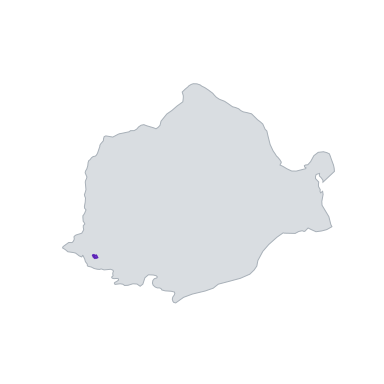 Parta, Timis, Romania (highlighted), rotated 336°
{"feature_id": "2599482B10795171488461", "entity_name": "Parta", "entity_type": "district", "adm_level": 2, "iso_a3": "ROU", "parent_name": "Romania", "parent_adm1": "Timis", "projection": "orthographic", "projection_center": [21.142, 45.621], "detail": "fine", "context": "in_parent", "style": "filled", "palette": "violet", "viewbox_px": 384, "rotation_deg": 336, "n_neighbors": 0, "source": "geoboundaries", "source_scale": "gbopen_adm2", "svg_char_len": 4429}
<svg xmlns="http://www.w3.org/2000/svg" viewBox="0 0 384 384"><g transform="rotate(336 192 192)"><path d="M288.0,209.2L291.5,213.3L295.7,215.3L305.1,216.9L305.9,216.5L306.0,216.1L305.3,215.5L305.1,214.7L305.4,213.6L306.7,213.5L308.9,214.2L312.7,212.5L318.1,208.4L323.4,207.1L328.5,208.7L331.2,210.9L333.0,213.0L332.9,215.8L332.7,217.6L332.2,225.0L331.6,227.9L330.5,231.1L315.6,236.3L316.4,234.4L315.8,231.4L314.9,229.1L316.1,226.9L312.6,226.5L311.3,227.8L310.3,229.9L311.8,234.4L310.3,237.1L309.8,238.6L310.1,242.0L309.2,243.5L309.2,245.1L311.6,244.5L310.8,247.5L306.7,253.5L305.4,257.0L307.0,270.2L305.6,278.2L305.7,280.6L300.7,281.1L299.3,281.1L294.5,280.3L289.1,278.7L285.7,274.9L283.4,272.1L279.1,273.8L278.2,273.5L276.9,272.2L273.5,271.5L269.4,271.8L259.7,267.2L258.6,266.4L251.4,267.8L240.7,271.2L232.6,275.0L224.3,281.4L221.1,286.0L217.1,288.5L211.4,290.6L201.0,290.5L190.1,288.8L178.5,286.9L172.3,288.5L163.8,287.8L150.9,285.4L141.4,284.8L132.0,286.7L130.4,285.4L130.1,284.0L130.4,281.9L131.7,280.2L133.9,278.9L135.1,277.6L135.2,276.2L132.6,274.2L127.3,271.4L125.2,269.7L124.6,269.2L124.4,267.6L123.3,266.4L121.3,265.5L119.7,263.8L118.6,261.4L118.8,259.1L120.3,256.9L122.3,255.9L124.8,256.2L125.8,255.5L125.3,254.0L122.9,252.1L118.5,249.9L114.1,251.2L109.6,256.2L106.3,257.0L104.3,253.7L100.7,251.8L95.6,251.2L92.4,250.0L91.3,248.1L89.0,246.6L84.1,245.1L84.0,243.6L84.8,243.2L86.6,243.1L88.9,242.7L89.3,241.9L89.3,241.1L87.4,240.1L85.6,239.5L84.6,238.8L84.0,238.1L83.9,237.3L84.4,236.8L85.1,236.7L85.9,236.3L86.3,234.5L87.3,233.0L88.0,232.5L88.0,231.4L87.2,230.4L86.2,229.5L84.7,229.0L80.0,227.4L77.7,225.3L76.2,225.2L74.0,224.0L71.5,222.1L69.4,219.5L67.1,217.8L66.5,217.1L66.5,216.4L66.9,215.7L66.9,214.8L66.3,212.3L66.7,209.5L66.6,206.9L66.6,205.8L66.2,205.4L65.8,205.8L65.2,206.3L64.7,206.4L63.0,204.5L60.9,200.6L59.5,199.4L56.7,197.6L54.3,196.1L52.7,192.9L51.0,190.4L52.1,189.4L58.8,188.0L61.9,189.4L63.3,188.9L64.7,187.8L65.5,186.8L65.6,185.9L66.3,184.6L68.5,184.1L74.5,184.8L76.9,183.1L77.8,182.2L78.3,180.1L79.0,178.5L81.1,177.6L81.1,176.1L80.7,174.5L82.0,170.8L82.7,169.3L83.9,168.7L85.4,167.6L87.9,165.2L87.3,163.1L87.8,161.5L90.4,157.7L92.3,154.1L92.3,152.3L92.6,150.7L94.3,148.9L96.1,146.7L98.5,139.6L99.3,138.4L100.9,137.0L102.1,135.6L102.2,131.0L103.2,129.6L105.3,128.1L107.4,125.7L109.1,122.8L110.4,121.4L112.1,121.0L114.0,119.9L116.1,119.4L118.1,119.9L119.4,119.6L121.4,118.2L126.3,112.9L126.9,111.8L128.0,111.0L131.9,109.1L132.9,107.3L134.3,105.7L136.1,105.7L142.0,109.6L148.3,109.2L149.4,109.3L149.8,109.3L150.6,109.6L159.0,111.4L160.3,111.1L160.6,110.9L164.1,112.4L167.0,112.1L169.8,110.8L172.7,110.3L175.4,110.9L177.6,113.1L183.1,117.8L184.8,119.6L187.3,119.2L189.9,118.1L192.5,114.7L200.7,110.5L207.0,109.3L213.2,107.4L220.3,105.9L222.2,102.7L223.2,100.6L223.7,96.7L227.5,95.3L231.1,94.3L232.4,93.7L235.1,93.4L237.2,93.6L240.5,95.2L243.0,97.5L244.0,99.3L246.1,101.8L248.4,105.4L251.1,110.2L251.8,112.7L252.8,115.4L254.8,118.5L258.3,122.0L258.8,122.6L260.4,125.1L263.7,130.6L266.3,132.7L268.5,135.0L269.7,137.5L271.4,139.6L275.1,142.3L278.2,144.8L281.2,152.5L283.1,156.0L284.3,158.7L284.3,164.4L285.2,166.7L284.3,171.2L282.7,180.3L282.8,187.4L283.5,191.2L283.8,193.6L284.5,195.1L285.4,198.3L285.7,201.0L285.0,201.9L283.8,202.7L283.4,203.3L284.6,204.5L286.3,206.7L288.0,209.2Z" fill="#d9dde1" stroke="#a8b0b8" stroke-width="1"/><path d="M79.1,213.3L79.1,213.2L79.0,212.9L79.0,212.7L79.0,212.3L79.0,212.1L79.0,211.9L79.0,211.7L79.0,211.2L78.9,211.0L78.9,210.9L78.7,210.9L78.4,210.9L78.3,211.0L78.2,211.0L78.2,210.9L78.2,210.7L78.2,210.4L78.3,210.4L78.2,210.4L77.9,210.4L77.8,210.5L77.7,210.5L77.7,210.4L77.5,210.2L77.4,210.2L77.2,210.0L77.2,209.9L77.0,209.7L76.9,209.5L76.9,209.4L76.8,209.2L76.7,209.1L76.6,208.9L76.6,209.0L76.4,209.1L76.2,209.2L76.0,209.3L75.9,209.3L75.9,209.6L75.9,209.8L75.4,209.8L75.4,210.0L75.5,210.3L75.7,210.2L75.8,210.2L75.8,210.3L75.9,210.2L76.0,210.2L76.2,210.6L76.3,210.7L76.3,210.8L76.2,210.9L76.3,210.9L76.3,211.0L76.5,211.2L76.5,211.3L76.4,211.3L76.4,211.5L76.2,211.6L76.1,211.8L76.1,212.0L76.0,212.3L75.9,212.3L75.9,212.5L76.0,212.7L76.3,212.5L76.5,212.4L76.8,212.3L76.9,212.5L77.0,212.6L77.1,212.8L77.2,213.0L77.2,213.3L77.3,213.3L77.3,213.2L77.3,213.3L77.5,213.3L77.8,213.5L78.0,213.5L78.3,213.5L78.4,213.4L78.5,213.2L78.5,213.3L78.8,213.4L78.9,213.5L79.0,213.5L79.0,213.4L78.9,213.4L79.0,213.3L79.1,213.3Z" fill="#8b5cf6" stroke="#5b21b6" stroke-width="1.5"/></g></svg>